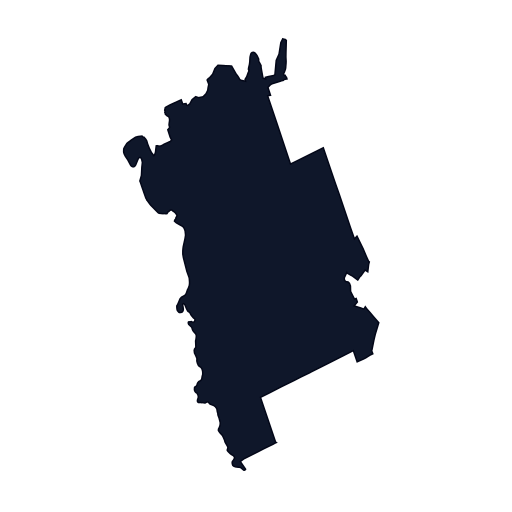 the district of Zlēku pag., Ventspils, Latvia, rotated 79°
{"feature_id": "27541924B50328122617974", "entity_name": "Zlēku pag.", "entity_type": "district", "adm_level": 2, "iso_a3": "LVA", "parent_name": "Latvia", "parent_adm1": "Ventspils", "projection": "robinson", "projection_center": [21.854, 57.134], "detail": "fine", "context": "isolated", "style": "filled", "palette": "ink", "viewbox_px": 512, "rotation_deg": 79, "n_neighbors": 0, "source": "geoboundaries", "source_scale": "gbopen_adm2", "svg_char_len": 6034}
<svg xmlns="http://www.w3.org/2000/svg" viewBox="0 0 512 512"><g transform="rotate(79 256 256)"><path d="M120.2,360.1L120.8,361.2L124.2,364.4L125.6,365.4L128.1,366.0L129.2,366.1L130.7,365.9L133.2,365.2L137.2,363.5L141.5,362.2L142.8,361.8L143.8,361.3L144.4,360.7L144.9,360.0L145.1,359.2L145.0,358.5L144.5,357.6L143.6,356.7L138.7,353.5L137.6,352.6L137.1,352.0L137.2,350.6L137.9,350.2L139.0,349.8L142.5,349.7L147.0,351.1L155.1,353.1L160.2,355.7L161.7,355.4L166.3,354.8L169.7,354.3L172.0,354.0L175.3,353.5L178.1,353.1L179.5,352.6L180.3,352.5L181.1,352.0L183.1,351.1L185.0,350.2L186.1,349.6L192.9,345.1L194.7,343.9L195.2,343.5L195.7,342.6L196.2,340.9L196.6,339.8L197.0,337.3L197.2,336.7L197.4,336.4L197.4,335.3L195.8,333.8L195.6,333.0L194.6,331.4L194.7,330.0L196.6,328.5L196.9,327.9L198.4,326.9L199.4,326.4L200.9,325.9L201.2,325.7L202.4,326.5L202.6,326.9L203.1,327.1L203.3,327.4L203.8,327.4L204.4,327.9L204.7,328.3L205.0,328.6L205.1,328.8L206.2,329.4L208.2,327.9L210.9,324.8L212.2,323.2L213.1,322.3L213.8,321.8L215.0,321.3L216.4,321.0L217.8,320.8L220.1,321.0L222.1,321.2L223.8,321.8L225.7,322.5L233.1,325.7L235.3,326.4L237.1,326.9L240.3,327.5L243.8,327.6L257.8,326.8L264.3,325.8L265.4,325.8L267.9,326.1L269.3,326.3L270.6,326.6L272.2,327.1L273.4,327.8L274.9,328.7L275.9,329.6L278.9,331.3L280.0,332.1L280.8,333.0L281.2,333.8L282.2,337.0L283.6,338.8L286.1,340.4L288.7,342.2L289.9,343.3L291.9,343.6L293.5,343.7L294.5,343.6L295.8,342.9L296.6,342.4L297.0,341.7L297.1,340.3L296.9,339.1L296.4,338.5L295.7,338.0L294.8,337.6L293.2,337.4L290.5,337.3L289.6,337.2L289.1,336.9L288.9,336.5L289.1,336.0L289.7,335.4L290.4,335.1L291.8,334.8L293.9,334.4L296.9,333.6L297.7,333.0L298.6,332.0L299.2,331.7L301.8,330.9L304.9,329.2L305.7,328.4L306.3,328.0L307.1,328.1L308.0,328.5L308.6,329.0L309.2,330.3L309.0,330.8L308.0,331.9L308.0,333.1L307.8,334.7L308.1,335.1L309.3,335.3L310.3,335.1L313.5,332.8L314.2,332.6L315.6,332.5L317.0,332.2L318.2,331.7L320.9,330.1L322.0,329.8L323.2,329.9L324.1,330.1L326.5,330.9L327.8,331.5L333.8,332.4L334.8,333.1L335.6,334.1L336.9,334.7L339.5,334.9L342.1,334.2L344.9,333.6L345.9,333.6L346.7,333.9L348.0,334.1L349.9,334.0L352.2,333.5L353.3,332.9L354.7,331.4L355.7,330.9L356.6,330.6L358.6,330.4L360.7,330.6L362.6,331.1L363.6,331.7L366.3,332.7L367.3,333.5L367.8,334.3L368.3,336.1L369.3,337.3L369.9,337.8L371.4,338.6L372.4,339.5L372.9,341.0L373.5,341.5L374.8,341.8L375.7,342.0L377.4,341.7L378.6,341.0L379.1,340.3L380.6,339.7L382.2,339.4L383.7,339.6L384.5,340.0L386.3,341.0L387.4,341.2L388.1,341.1L388.8,340.5L389.0,340.0L389.2,338.5L389.7,337.1L389.7,336.4L390.6,334.1L389.9,332.0L390.0,331.2L390.9,330.4L392.6,329.4L394.7,326.0L396.1,324.7L398.2,323.7L399.1,323.6L401.5,323.7L403.3,323.5L404.7,323.7L405.6,323.6L407.7,323.2L412.6,322.9L414.1,323.2L415.7,323.8L417.2,324.7L418.8,325.9L420.1,326.2L421.4,325.7L422.7,325.1L425.8,323.2L427.6,322.7L430.8,322.0L432.6,321.9L433.6,321.6L437.7,320.2L438.4,320.1L439.4,320.4L440.5,321.1L441.4,321.3L442.6,320.7L445.1,319.0L446.3,317.9L447.4,316.6L448.5,315.8L449.5,315.6L450.3,315.7L451.0,316.2L452.1,317.1L453.2,318.4L454.5,318.9L456.1,318.9L457.2,318.7L458.2,317.8L459.1,316.3L459.9,313.9L460.2,312.7L460.8,311.4L463.9,308.9L464.1,308.0L463.7,307.3L463.3,306.9L454.8,310.6L454.6,310.3L452.8,306.6L448.4,290.9L446.7,285.2L443.8,274.3L443.5,273.8L443.0,271.7L442.8,271.9L442.4,272.2L441.5,272.4L395.6,278.6L394.9,276.0L393.0,269.1L389.1,255.8L385.5,242.4L383.3,234.9L380.9,225.7L380.3,223.9L375.2,205.7L374.1,201.8L368.7,182.9L367.4,178.5L379.2,176.9L377.6,170.0L376.9,167.6L375.2,163.4L374.3,160.0L370.6,160.6L370.3,160.1L360.8,156.2L355.5,153.8L344.9,148.2L338.2,152.1L333.5,154.7L329.1,157.3L326.7,158.4L327.4,159.0L327.5,159.1L328.7,160.4L327.0,163.0L326.0,164.9L323.7,169.2L320.5,165.3L316.8,165.8L317.2,167.5L312.1,169.0L308.8,169.9L303.4,169.0L300.6,169.5L299.0,170.6L298.3,172.7L296.8,173.7L294.4,173.6L289.7,170.2L289.8,170.2L293.0,166.5L294.0,165.2L299.0,160.7L296.1,157.9L295.5,156.8L290.6,151.6L292.8,149.3L285.7,147.0L283.4,145.9L282.7,146.5L277.7,147.7L270.1,149.3L269.9,149.3L255.8,153.1L258.0,156.1L245.8,157.9L223.4,160.9L211.5,162.5L199.3,164.3L187.0,166.0L162.6,169.3L170.8,198.9L172.3,204.6L130.1,210.1L107.7,213.1L103.5,213.7L100.9,214.0L101.0,211.1L92.8,212.1L91.1,209.9L90.8,209.3L90.3,208.4L90.0,207.1L89.1,198.8L88.9,197.9L88.8,195.6L88.1,194.7L88.1,191.8L86.4,192.0L85.4,192.6L84.2,192.9L84.3,193.6L83.5,194.0L82.4,194.2L80.8,193.0L78.3,191.5L77.1,191.0L75.6,190.6L72.8,189.8L70.6,189.3L66.4,188.7L62.1,187.8L50.1,185.1L48.9,186.1L48.5,187.3L47.9,188.3L51.3,190.9L62.3,194.9L67.8,198.8L81.8,202.9L82.2,204.3L82.2,209.5L82.4,212.7L84.1,212.7L83.9,213.1L83.5,214.0L82.6,215.2L74.4,215.1L71.3,215.0L70.3,214.7L69.0,215.0L65.3,216.2L63.2,215.8L59.6,216.7L58.2,217.3L56.2,218.5L55.5,219.7L55.5,221.0L56.0,222.0L56.8,222.6L58.7,223.5L59.6,223.9L64.3,225.1L66.7,225.9L70.0,227.4L71.2,227.8L71.5,227.3L72.4,227.7L73.0,227.5L74.2,228.5L78.2,230.9L80.5,233.0L82.5,232.9L80.5,237.5L79.4,238.4L77.9,238.8L75.2,239.9L73.8,240.7L64.9,243.7L64.3,245.7L63.3,250.1L63.0,250.9L61.5,256.9L64.1,260.5L69.2,263.8L72.1,267.5L72.8,269.1L73.9,270.4L78.5,269.6L81.3,270.8L84.2,271.8L87.2,274.1L89.6,277.6L89.6,282.2L88.1,284.8L90.3,288.9L94.0,291.9L95.2,294.3L94.7,295.3L93.0,295.6L92.8,299.0L92.0,299.2L91.7,299.1L88.4,299.6L90.8,309.7L91.3,311.7L92.7,316.1L93.3,317.0L94.3,317.2L94.8,317.6L95.4,317.5L95.6,317.8L96.2,317.7L96.8,317.7L97.3,317.9L97.5,318.1L98.3,318.0L99.2,317.7L99.3,317.8L99.7,317.9L100.2,317.4L101.5,316.5L102.0,315.8L102.5,315.3L103.0,315.0L103.5,314.8L105.3,314.8L106.1,314.9L107.4,315.3L109.1,315.9L110.4,316.3L111.4,316.4L113.1,316.2L114.0,316.9L115.2,318.5L122.9,317.6L126.0,316.7L127.3,318.4L127.3,319.4L127.5,319.7L128.0,321.8L128.7,324.9L129.3,326.4L129.8,328.2L129.7,330.1L128.9,331.8L128.8,332.9L130.0,333.3L135.0,334.9L137.3,336.2L138.0,337.1L134.5,338.9L129.8,340.2L125.4,341.0L122.1,341.3L120.2,342.0L118.0,343.3L117.9,344.1L116.5,345.0L116.2,349.0L116.4,351.6L118.4,356.4L120.3,360.1L120.2,360.1Z" fill="#0f172a" stroke="#020617" stroke-width="1.5"/></g></svg>